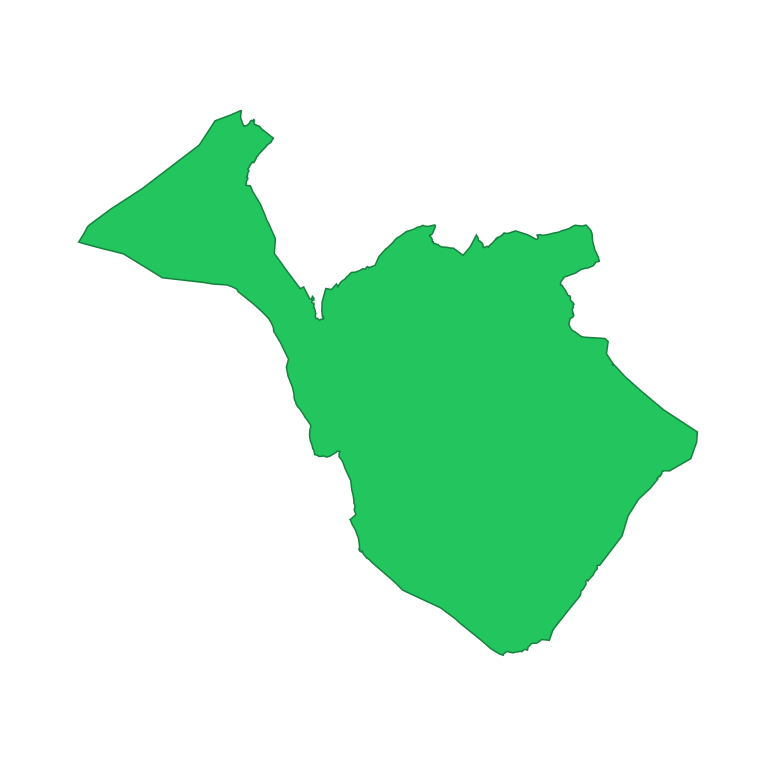 Nord-Aurdal nor, Oppland, Norway, rotated 275°
{"feature_id": "86288312B2745383229775", "entity_name": "Nord-Aurdal nor", "entity_type": "district", "adm_level": 2, "iso_a3": "NOR", "parent_name": "Norway", "parent_adm1": "Oppland", "projection": "albers", "projection_center": [9.398, 61.004], "detail": "fine", "context": "isolated", "style": "filled", "palette": "green", "viewbox_px": 768, "rotation_deg": 275, "n_neighbors": 0, "source": "geoboundaries", "source_scale": "gbopen_adm2", "svg_char_len": 6127}
<svg xmlns="http://www.w3.org/2000/svg" viewBox="0 0 768 768"><g transform="rotate(275 384 384)"><path d="M363.5,700.4L382.4,665.2L384.9,661.5L399.3,640.9L412.3,623.5L423.3,611.4L422.5,610.5L423.3,609.7L423.9,609.9L424.2,610.4L433.5,603.0L445.9,603.6L448.6,600.0L448.1,579.8L448.2,577.6L449.1,575.2L452.6,569.7L453.6,567.3L454.4,566.1L459.0,563.1L462.6,563.3L465.3,563.8L467.3,566.5L468.9,567.1L470.3,566.7L470.3,566.1L470.6,565.7L471.2,566.3L472.2,565.6L473.0,565.7L474.4,565.0L477.1,566.0L478.9,565.4L479.7,566.3L480.2,566.3L481.1,565.3L481.6,565.1L483.7,562.4L486.9,562.1L488.1,561.3L488.1,560.0L488.3,559.6L493.6,556.2L496.4,553.7L497.7,553.0L497.8,551.6L498.0,551.2L498.5,551.4L501.0,551.0L506.3,554.5L511.3,565.3L515.1,570.0L516.8,574.4L517.6,577.7L520.1,582.1L524.2,584.8L524.9,587.8L528.6,586.6L533.7,583.8L535.4,582.6L544.0,579.5L551.6,578.2L554.6,576.9L555.9,575.8L559.9,571.6L559.3,569.3L558.6,568.4L558.8,560.5L557.8,558.7L555.2,555.1L552.9,550.0L552.7,548.9L550.8,545.4L550.4,544.3L549.1,539.7L547.6,535.5L546.6,532.2L545.9,528.7L546.4,526.3L545.7,523.5L545.1,523.6L544.9,524.4L544.6,524.6L543.3,524.5L543.1,524.8L541.9,524.2L541.3,523.0L545.1,514.4L548.0,501.7L544.9,494.6L544.7,491.1L545.0,490.5L541.8,487.8L541.3,486.9L540.5,486.1L540.2,485.2L540.2,484.8L539.7,484.1L539.4,484.2L539.4,483.8L538.7,483.8L538.5,482.9L537.9,483.1L537.3,482.2L532.7,478.8L532.4,478.2L531.0,476.9L529.5,476.2L530.0,475.2L530.1,474.5L529.9,473.9L528.9,473.3L528.9,472.6L528.7,472.2L529.2,471.4L529.1,470.8L531.2,470.5L533.0,469.5L533.8,468.2L533.9,467.6L534.6,467.3L535.1,465.6L538.1,464.8L538.7,464.1L539.4,463.9L539.5,463.5L540.4,463.0L528.1,457.9L519.1,451.5L525.4,441.3L525.2,438.3L525.6,435.6L525.6,429.4L526.5,427.0L527.6,425.7L527.5,424.8L528.0,424.0L528.5,422.1L528.2,421.5L528.3,421.1L529.0,420.7L530.0,420.7L529.9,420.0L530.3,419.6L531.8,419.7L533.0,418.8L533.8,418.7L535.3,416.6L536.2,416.6L536.0,417.4L536.9,418.1L537.1,418.6L540.6,420.1L542.2,420.3L543.1,421.0L544.5,421.2L545.1,421.1L546.3,421.4L546.9,420.7L544.7,413.7L544.9,411.5L544.8,410.9L545.1,409.8L545.4,409.4L545.4,408.7L544.0,406.6L543.5,405.2L543.2,403.6L542.2,402.5L541.7,401.4L540.7,400.1L538.9,395.9L538.1,393.4L532.4,386.9L531.8,385.8L530.3,384.0L528.7,382.5L526.5,381.2L519.7,375.3L519.0,374.2L510.7,368.0L501.3,364.7L498.4,358.4L499.2,358.0L499.5,357.1L496.6,355.0L497.0,352.9L494.3,349.0L493.9,347.5L493.2,346.5L492.8,345.3L492.4,342.0L491.2,340.7L488.3,338.7L487.5,337.5L485.3,336.1L482.3,332.5L479.2,330.6L477.0,329.5L479.5,327.9L473.5,323.4L474.1,317.7L460.4,315.2L451.1,315.7L446.7,316.8L446.4,316.5L446.1,316.7L446.4,317.0L446.1,317.5L445.8,317.5L445.8,317.2L445.6,317.1L445.3,317.3L445.2,317.9L443.9,318.1L443.7,317.3L443.1,317.3L443.2,316.3L442.8,315.4L441.9,314.4L443.5,312.0L443.1,311.3L443.1,310.8L445.7,309.6L448.4,310.0L449.5,309.2L450.6,309.2L452.7,308.4L453.1,307.9L454.1,307.8L455.0,307.1L456.9,307.4L458.2,307.0L457.8,306.7L459.1,304.8L461.4,305.4L461.1,306.7L461.3,306.8L463.6,306.6L465.0,305.1L463.5,304.8L462.0,303.8L462.5,302.3L463.9,301.6L473.7,295.5L471.7,292.2L492.5,273.6L494.6,272.0L504.5,263.3L519.2,263.2L534.2,254.9L537.2,252.8L541.9,250.7L552.9,244.9L563.6,236.9L569.8,233.6L569.9,229.3L573.3,229.1L574.6,229.5L576.0,230.4L577.7,230.3L578.0,230.1L577.7,229.8L577.7,229.5L578.3,229.0L579.3,229.2L579.5,229.5L580.3,230.0L582.3,229.8L584.3,230.9L585.3,230.5L586.0,229.6L589.0,231.2L589.8,231.2L593.5,233.5L593.7,233.9L593.2,234.4L593.2,235.0L596.8,236.7L599.5,237.4L600.0,238.2L601.9,239.1L610.8,246.2L611.5,246.2L612.1,247.1L613.1,247.9L613.6,249.0L614.4,249.4L614.6,250.0L615.4,250.6L617.2,251.2L618.0,251.9L619.2,252.4L627.3,240.0L629.8,237.5L630.4,235.6L630.4,234.4L631.1,233.9L631.1,232.7L631.2,232.4L633.4,231.5L634.9,232.0L635.8,231.8L636.0,231.1L635.4,231.2L634.8,230.7L635.0,230.3L634.8,229.7L635.1,229.1L634.1,227.9L632.3,227.4L629.6,225.0L628.8,221.6L636.7,217.9L643.8,218.0L643.4,216.5L637.9,206.4L631.5,192.8L606.0,179.2L557.7,126.3L534.8,97.0L516.9,76.8L514.9,75.0L508.6,72.4L498.8,67.5L497.5,73.6L493.8,94.7L493.6,96.9L490.9,113.2L470.5,154.0L469.4,196.0L468.7,204.4L469.0,219.3L468.2,221.5L467.9,223.4L465.7,229.1L463.3,230.7L451.6,248.1L445.9,255.5L439.7,262.9L435.7,266.0L430.7,268.8L426.8,269.6L416.7,276.9L400.4,286.7L392.3,285.3L383.4,287.8L372.9,293.0L366.2,295.2L362.2,295.7L360.3,296.4L357.6,297.9L356.9,297.9L353.9,299.9L351.6,302.5L346.1,306.9L344.4,307.9L342.4,309.8L336.8,314.4L335.0,314.7L331.6,314.2L327.6,314.2L324.2,314.7L320.8,315.7L316.2,317.9L313.4,318.6L312.1,319.9L307.7,321.1L307.9,321.9L307.2,322.7L307.4,323.4L307.3,324.0L306.2,325.2L306.4,327.7L307.1,330.3L306.7,331.2L306.3,333.3L306.6,334.4L307.0,335.1L307.2,336.1L311.9,342.5L312.8,343.3L313.0,344.0L313.0,345.8L312.8,346.0L311.1,345.3L307.5,345.6L304.7,348.4L302.0,350.1L296.4,352.6L284.8,359.3L276.1,361.0L270.3,363.0L264.5,364.3L263.0,364.2L260.5,365.7L259.2,365.6L258.0,366.2L256.8,365.1L254.9,365.7L251.7,367.5L246.6,362.8L246.0,361.9L245.5,362.5L241.4,364.5L236.3,368.1L228.1,372.0L221.8,373.5L218.2,373.9L217.2,373.3L216.4,374.1L216.5,374.3L215.8,374.1L215.5,374.5L214.6,376.2L215.5,376.9L212.7,378.4L210.6,380.7L208.9,382.0L209.1,382.4L208.0,384.3L205.0,387.8L192.5,405.1L192.5,405.3L186.5,413.2L180.4,420.4L178.6,425.0L165.9,459.9L156.4,475.4L152.1,480.9L137.3,503.0L129.6,513.6L126.8,519.1L125.0,522.9L124.2,526.4L125.0,526.4L126.5,527.7L128.5,530.2L128.3,531.2L127.6,532.2L127.7,533.8L127.4,535.8L128.6,539.0L128.8,540.9L129.5,542.7L129.5,543.6L129.3,544.6L131.4,546.6L131.8,547.3L131.9,548.3L131.3,549.8L131.4,550.1L134.5,550.5L138.4,553.8L138.8,555.8L139.0,558.3L140.1,560.1L143.2,563.5L143.1,571.0L152.9,573.5L155.2,574.6L172.5,585.9L190.5,598.1L195.0,598.4L196.6,600.1L202.0,602.7L204.8,602.3L206.2,602.7L206.2,603.6L205.6,604.4L207.9,605.7L211.7,608.9L216.3,610.7L217.8,612.3L219.7,612.6L221.7,612.1L222.1,612.9L222.1,614.6L253.4,634.4L273.8,638.6L291.2,647.5L303.4,658.4L313.2,665.1L313.5,664.3L314.9,665.1L316.3,666.2L315.8,666.8L316.5,667.3L319.4,668.7L320.0,668.3L321.2,668.9L321.2,669.5L321.9,669.8L322.3,675.9L336.3,696.1L353.2,700.5L363.5,700.4Z" fill="#22c55e" stroke="#15803d" stroke-width="1.5"/></g></svg>